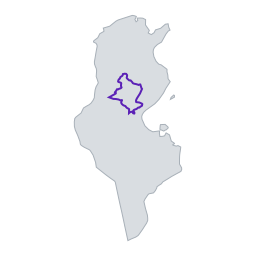 Tunisia, with Sidi Bou Zid highlighted
{"feature_id": "TUN-113", "entity_name": "Sidi Bou Zid", "entity_type": "Governorate", "adm_level": 1, "iso_a3": "TUN", "parent_name": "Tunisia", "parent_adm1": "", "projection": "robinson", "projection_center": [9.5, 34.865], "detail": "fine", "context": "in_parent", "style": "outline", "palette": "violet", "viewbox_px": 256, "rotation_deg": 0, "n_neighbors": 0, "source": "natural_earth", "source_scale": "10m", "svg_char_len": 4619}
<svg xmlns="http://www.w3.org/2000/svg" viewBox="0 0 256 256"><path d="M180.7,147.0L180.7,147.8L179.8,153.9L179.6,156.0L179.5,159.7L179.5,164.1L181.6,167.8L181.7,169.5L180.9,171.4L177.0,173.5L171.9,176.3L167.6,179.0L162.8,181.9L161.4,183.8L159.0,185.3L157.0,186.7L156.7,188.1L155.3,190.7L153.5,192.9L149.0,193.8L148.1,194.5L146.0,197.6L145.1,198.9L143.9,201.5L145.4,208.2L147.4,215.2L147.7,218.1L147.7,220.5L146.6,223.1L144.2,226.8L142.5,229.5L139.0,234.4L138.0,235.6L135.7,237.1L131.1,239.0L127.9,240.6L126.3,233.2L124.9,226.8L123.8,221.5L121.8,212.2L120.0,204.3L118.3,196.5L116.8,189.4L115.3,182.2L114.6,181.1L109.9,177.8L105.6,174.6L101.2,171.1L96.3,167.2L95.6,162.4L93.1,155.1L90.5,151.0L89.6,149.9L84.3,147.3L81.3,145.4L80.4,144.3L79.9,141.3L77.7,135.4L75.3,130.0L74.4,126.4L74.3,121.8L74.8,118.5L75.9,117.1L81.1,113.0L83.5,108.0L86.4,106.2L89.0,104.8L91.0,103.2L92.9,100.6L94.3,97.8L94.5,94.8L95.1,90.0L96.1,86.7L98.3,82.9L97.4,79.9L96.2,76.6L96.6,70.9L96.3,68.6L95.4,66.6L94.5,64.0L94.4,61.8L95.4,56.1L96.1,51.8L97.2,46.1L96.8,44.5L96.0,43.3L93.6,42.1L93.5,41.3L94.1,40.5L97.8,37.7L99.8,33.7L101.4,32.8L103.9,31.4L103.8,29.8L103.3,28.1L109.7,26.2L115.9,21.2L118.1,20.0L132.3,15.4L134.2,15.7L136.3,16.4L135.7,18.1L134.9,19.4L136.1,21.8L137.8,20.4L137.4,19.4L137.3,18.1L140.2,18.0L142.8,18.2L145.6,19.6L145.5,25.0L149.3,30.4L148.2,33.0L151.3,34.6L154.1,32.7L155.5,29.9L160.6,28.3L165.4,24.2L168.1,23.8L168.7,27.2L170.0,30.1L168.2,31.1L165.9,34.2L161.5,42.1L157.4,44.5L154.4,47.5L153.4,49.7L153.1,52.2L153.9,56.7L156.1,61.3L158.7,64.1L161.2,64.9L167.0,69.3L167.0,71.9L167.8,75.0L168.1,78.8L170.2,81.7L165.9,88.3L163.5,93.0L158.9,99.5L154.8,103.8L146.0,110.1L143.8,112.2L142.4,114.3L141.7,116.6L142.0,119.3L144.9,125.8L148.8,129.7L152.8,131.8L159.6,130.9L159.4,133.4L159.9,136.5L162.7,136.3L164.6,135.8L166.1,132.9L169.5,134.9L171.3,141.1L174.1,143.0L174.5,143.7L173.5,144.2L172.7,144.9L173.5,145.4L176.3,146.1L178.0,145.6L180.7,147.0ZM166.1,129.9L165.4,130.0L164.1,130.9L163.5,131.0L161.5,130.0L160.8,130.0L159.9,129.3L160.2,125.6L160.5,124.6L165.1,124.4L167.7,126.7L168.1,127.2L168.2,127.9L167.0,129.1L166.1,129.9ZM174.4,97.2L170.4,99.4L171.1,97.4L173.8,95.0L174.5,95.6L174.4,97.2Z" fill="#d9dde1" stroke="#a8b0b8" stroke-width="1"/><path d="M124.8,73.7L126.2,73.9L126.9,74.8L127.1,75.2L127.1,75.3L127.0,76.4L126.9,76.8L126.7,77.8L126.8,78.0L127.0,78.4L129.0,80.2L129.1,80.3L129.6,80.4L129.9,80.4L130.2,80.4L130.3,80.4L130.6,80.4L132.2,82.1L132.3,82.2L132.5,82.7L132.6,82.8L132.9,83.2L133.1,83.3L133.4,83.4L134.1,83.7L136.1,84.1L138.4,84.8L138.5,84.9L138.8,84.8L140.1,84.4L140.3,84.5L141.4,87.9L141.5,88.2L142.0,88.9L140.0,93.5L136.9,98.4L136.3,99.7L136.1,100.2L136.1,100.4L136.0,100.9L136.0,101.2L136.2,101.8L136.2,102.0L136.3,102.1L139.3,102.5L139.8,102.7L142.0,103.7L142.1,103.8L142.2,104.0L142.3,104.1L142.2,104.8L142.0,105.4L142.0,105.6L141.9,105.7L141.8,105.8L141.7,105.9L141.6,106.0L140.3,106.7L140.1,106.9L139.7,107.3L139.5,107.5L139.3,107.5L138.7,107.5L138.4,107.5L138.2,107.6L137.0,108.6L136.7,108.8L136.2,109.1L134.6,109.6L133.9,110.0L133.6,110.3L133.3,110.6L133.2,110.8L133.2,111.0L133.3,111.1L133.8,111.5L134.0,111.8L134.1,112.0L134.3,112.4L134.3,112.6L134.4,112.8L134.4,113.2L134.4,113.3L134.3,113.5L134.2,113.5L133.9,113.5L133.6,113.4L133.1,113.2L133.0,112.9L132.9,112.7L132.7,112.4L132.4,112.2L131.9,111.9L131.7,111.8L131.2,111.8L130.1,112.2L129.8,112.4L129.0,113.1L129.1,109.3L129.1,109.2L128.8,108.9L128.5,108.7L127.3,108.1L127.1,108.0L126.4,107.4L126.2,107.2L125.7,106.4L125.4,106.2L125.2,106.0L123.6,105.4L123.4,105.3L123.1,105.1L122.4,104.5L121.9,104.0L121.6,103.6L121.5,103.4L121.3,103.0L121.3,102.7L121.2,102.5L121.2,102.4L121.3,102.3L121.3,102.0L121.9,100.4L122.0,100.3L122.0,100.2L121.9,100.1L121.5,100.1L121.3,100.1L121.0,100.3L120.7,100.4L120.3,100.3L118.6,99.5L115.9,99.0L113.4,98.9L109.1,97.3L115.6,93.6L115.8,93.4L115.8,93.2L115.7,93.2L115.3,93.0L115.2,92.9L115.1,92.7L114.9,92.4L115.0,92.2L115.2,91.9L116.0,91.0L116.2,90.7L116.4,90.3L116.5,90.1L116.7,89.8L116.9,89.4L117.1,89.3L117.2,89.2L117.7,89.3L117.9,89.4L118.0,89.4L119.1,88.8L120.4,88.4L121.1,88.0L121.3,87.8L121.4,87.7L121.5,87.4L121.4,87.3L121.4,87.2L121.2,86.6L121.1,86.3L121.0,86.0L121.0,85.4L121.0,85.0L121.2,83.7L121.2,83.4L121.2,83.2L121.0,82.9L120.9,82.8L120.6,82.6L118.6,82.0L118.3,81.8L118.2,81.7L118.1,81.3L118.2,81.2L118.3,80.6L118.7,79.6L118.9,79.4L119.0,79.2L119.3,79.1L119.7,78.7L119.8,78.5L119.9,78.4L120.2,77.5L120.3,77.3L120.4,77.2L120.6,76.9L120.9,76.7L121.8,76.2L122.2,75.9L122.5,75.5L122.6,75.3L122.7,75.1L122.8,74.7L122.9,74.1L124.3,73.8L124.8,73.7Z" fill="none" stroke="#5b21b6" stroke-width="2"/></svg>